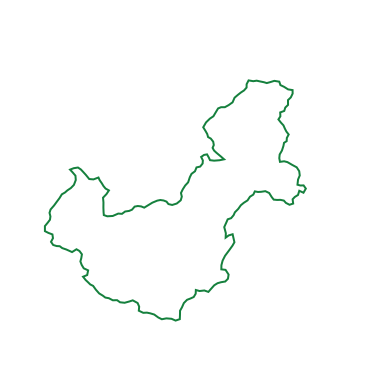 the district of Prados, Minas Gerais, Brazil, rotated 232°
{"feature_id": "56859067B1815621607737", "entity_name": "Prados", "entity_type": "district", "adm_level": 2, "iso_a3": "BRA", "parent_name": "Brazil", "parent_adm1": "Minas Gerais", "projection": "orthographic", "projection_center": [-44.058, -21.117], "detail": "fine", "context": "isolated", "style": "outline", "palette": "green", "viewbox_px": 384, "rotation_deg": 232, "n_neighbors": 0, "source": "geoboundaries", "source_scale": "gbopen_adm2", "svg_char_len": 3248}
<svg xmlns="http://www.w3.org/2000/svg" viewBox="0 0 384 384"><g transform="rotate(232 192 192)"><path d="M245.1,305.3L243.3,301.4L240.7,299.3L240.0,295.5L240.3,291.9L240.3,288.1L240.1,283.6L237.7,279.2L237.9,274.4L238.6,270.1L240.9,267.2L241.8,264.0L240.0,259.3L238.5,255.5L238.8,251.2L238.2,245.9L236.1,240.7L231.6,240.2L228.3,239.7L225.4,238.5L222.5,239.7L218.6,239.7L215.6,238.1L214.1,235.4L211.1,234.9L207.9,235.4L202.3,236.6L198.0,237.4L200.1,233.2L203.1,228.7L206.0,225.8L209.0,226.5L212.4,227.0L213.8,224.3L214.0,220.8L210.2,220.0L207.9,217.9L207.0,214.1L208.6,210.7L206.5,207.1L206.6,202.8L205.0,199.4L202.0,194.9L201.3,190.6L199.8,186.4L198.0,182.7L194.6,181.1L192.4,178.0L192.3,172.9L194.0,168.4L197.0,166.0L200.1,166.0L202.8,164.4L205.2,162.1L206.6,159.3L208.0,154.2L208.6,149.0L209.1,144.7L211.9,143.1L214.3,140.7L215.8,137.8L215.0,133.8L215.8,130.8L217.8,127.3L217.9,123.4L220.4,120.6L221.9,114.8L225.0,110.3L228.1,108.3L230.7,110.0L234.3,112.6L238.3,115.8L242.3,118.4L243.0,123.3L244.4,127.5L247.9,126.0L251.1,125.9L254.4,126.3L258.1,126.5L261.0,127.2L262.6,122.1L265.5,119.0L270.9,118.9L274.8,118.6L278.2,118.3L281.5,117.2L283.6,113.4L284.7,109.7L281.1,110.0L276.6,110.2L273.0,107.8L270.3,103.3L269.7,99.0L270.0,94.8L269.8,91.6L270.3,88.0L268.7,83.7L267.6,79.6L266.3,75.0L265.3,69.8L263.3,66.9L259.9,65.4L257.6,63.0L256.6,59.2L255.7,55.1L251.7,52.0L248.1,53.7L244.5,55.9L241.2,54.0L239.5,50.2L235.7,50.0L232.7,52.1L230.7,54.4L227.7,55.2L224.0,57.6L218.5,60.5L218.0,65.7L214.8,67.0L210.7,66.9L208.1,64.1L206.0,61.3L202.5,60.2L198.5,59.7L194.2,61.9L191.1,58.3L192.3,54.0L188.2,54.0L185.0,54.5L181.8,54.9L178.9,56.3L174.3,56.1L169.2,56.4L165.3,57.9L162.2,58.7L159.5,61.1L155.5,62.9L152.8,66.4L149.4,67.4L146.2,70.7L144.4,75.0L143.1,78.6L138.0,80.8L134.2,79.8L131.2,77.0L126.8,79.2L124.7,82.2L122.1,84.4L118.7,86.8L113.8,88.2L110.3,89.9L108.2,94.0L104.7,97.8L100.8,99.9L99.3,104.1L102.6,106.9L105.8,109.5L107.3,113.1L109.5,117.2L110.1,121.7L109.0,125.3L108.2,128.7L109.6,132.3L112.4,134.7L109.3,137.0L106.8,141.1L103.2,143.4L103.9,147.1L104.8,152.1L104.4,156.0L103.0,159.4L101.0,163.1L101.5,166.9L104.4,170.0L110.0,170.5L113.0,167.5L116.2,170.1L119.1,173.9L121.4,178.8L123.2,185.4L124.8,190.9L126.3,194.5L129.9,196.2L133.7,198.0L135.2,194.2L135.3,190.4L138.7,193.3L144.5,195.8L146.8,200.2L148.5,203.3L147.3,206.7L148.1,210.5L149.6,213.3L150.2,218.0L151.5,222.3L151.6,226.1L151.2,230.6L152.6,234.8L152.2,238.7L153.8,241.9L151.4,244.0L149.6,246.6L147.5,250.3L143.7,252.2L138.9,251.7L135.7,251.7L133.5,254.0L131.3,256.9L128.7,259.1L125.6,259.3L121.9,261.0L120.6,264.6L124.3,266.8L124.8,269.9L124.4,273.7L126.9,277.3L122.8,279.4L124.6,283.8L128.5,284.0L130.4,281.4L132.8,279.6L136.5,283.2L138.7,287.1L142.4,289.3L147.0,289.7L151.8,287.6L156.8,285.6L159.5,283.5L161.6,279.9L164.9,281.6L167.6,284.2L169.3,288.4L172.0,292.4L174.1,294.8L173.8,297.9L176.2,300.0L177.8,303.6L181.6,303.6L184.7,304.2L188.2,305.1L191.9,304.8L196.0,304.8L197.2,308.2L200.4,310.5L199.1,314.6L201.1,317.5L201.5,321.3L205.3,324.2L205.7,328.1L207.6,331.9L210.4,334.0L213.7,330.9L218.2,329.3L221.8,327.5L225.2,328.7L228.9,325.3L230.5,321.1L231.8,318.0L234.2,316.3L237.0,313.9L239.9,311.5L241.6,308.5L245.1,305.3Z" fill="none" stroke="#15803d" stroke-width="2"/></g></svg>